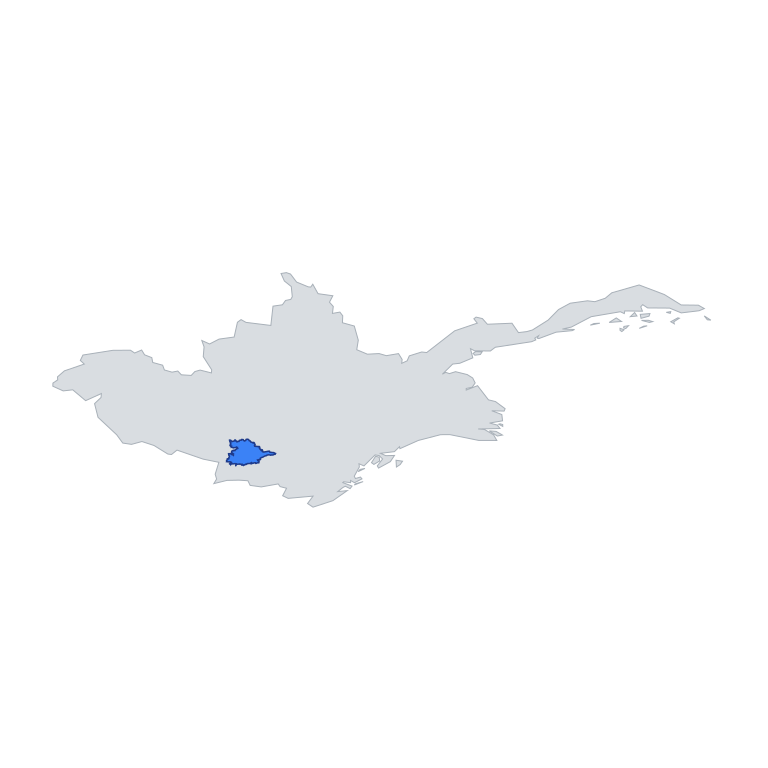 location of Kale, Sagaing, Myanmar, rotated 266°
{"feature_id": "60261553B8221618130624", "entity_name": "Kale", "entity_type": "district", "adm_level": 2, "iso_a3": "MMR", "parent_name": "Myanmar", "parent_adm1": "Sagaing", "projection": "equal_earth", "projection_center": [94.431, 22.954], "detail": "fine", "context": "in_parent", "style": "filled", "palette": "blue", "viewbox_px": 768, "rotation_deg": 266, "n_neighbors": 0, "source": "geoboundaries", "source_scale": "gbopen_adm2", "svg_char_len": 9298}
<svg xmlns="http://www.w3.org/2000/svg" viewBox="0 0 768 768"><g transform="rotate(266 384 384)"><path d="M475.6,339.1L469.4,335.3L464.9,338.8L458.0,337.5L458.8,345.0L454.9,347.6L448.0,346.8L443.9,358.4L429.5,361.4L420.1,359.2L414.9,369.5L414.7,381.2L412.1,388.3L413.3,400.6L407.2,403.8L403.4,403.1L405.5,408.7L410.3,411.2L413.3,423.8L412.4,428.8L432.1,458.2L438.2,481.3L442.8,478.2L444.3,480.5L442.4,486.7L436.4,491.3L435.7,515.9L425.9,521.7L426.3,530.0L427.5,535.8L436.3,552.2L446.1,563.3L451.6,575.4L452.8,592.8L451.4,600.1L454.1,610.7L459.1,617.6L465.0,645.4L453.7,669.9L442.1,686.0L440.7,703.1L436.9,708.8L435.1,703.4L434.2,685.5L439.8,674.2L441.5,652.3L445.1,647.6L443.1,645.5L438.6,646.9L440.1,629.3L437.5,628.6L439.6,624.8L436.7,595.4L427.7,574.8L426.4,565.8L425.1,577.9L424.1,575.5L423.7,559.3L418.5,541.6L419.0,540.1L421.4,541.6L419.2,537.6L417.4,538.5L415.9,534.2L412.9,497.6L409.5,492.4L410.8,476.7L413.2,472.7L403.9,474.4L399.4,461.1L399.1,453.9L389.7,442.9L391.3,446.4L389.8,450.0L391.3,456.2L387.6,467.7L383.8,472.9L378.7,475.0L374.7,471.8L373.8,465.7L372.2,465.6L375.8,477.2L360.9,487.1L358.7,494.0L350.9,503.1L348.6,501.9L349.8,489.6L345.3,499.4L339.0,499.7L337.7,486.6L335.1,494.2L331.5,496.6L332.6,474.8L331.6,481.1L325.6,489.8L319.8,492.6L321.1,474.6L328.9,446.2L329.5,436.9L325.3,414.3L318.4,395.4L320.4,395.1L315.8,389.7L315.1,375.7L312.4,380.7L312.0,389.5L306.1,384.9L300.5,372.7L302.8,371.6L309.3,377.4L312.9,374.2L313.9,370.2L303.7,358.3L306.2,353.5L302.9,353.6L294.1,347.9L291.7,348.9L292.8,354.0L290.9,355.4L287.6,347.7L290.1,343.9L287.9,343.8L289.3,337.0L288.5,336.0L284.4,345.0L282.0,342.9L284.7,338.3L283.6,335.7L279.9,330.4L280.2,339.9L271.2,324.9L266.1,304.6L270.1,299.4L277.1,305.4L276.6,280.4L279.6,275.1L286.8,279.5L288.9,273.2L291.7,271.5L289.9,254.4L292.2,243.4L297.0,241.5L298.2,232.6L298.8,220.6L296.5,207.3L300.9,210.4L305.8,209.3L317.4,213.8L321.7,198.3L332.5,172.9L328.5,167.1L329.2,163.5L338.7,150.3L343.5,138.5L341.4,127.9L343.3,119.3L352.0,113.8L370.7,96.4L384.6,93.9L390.3,100.8L394.2,101.4L388.2,85.2L399.9,73.1L399.5,63.5L404.9,53.5L408.0,53.8L410.9,58.8L413.9,58.8L419.4,66.1L424.8,86.4L428.7,82.7L433.9,85.7L436.5,115.8L435.4,133.4L432.3,137.4L434.8,144.6L429.8,147.2L426.5,154.2L421.6,154.8L418.2,164.5L413.3,165.9L410.6,173.4L411.3,179.2L407.3,182.5L406.0,192.3L409.6,196.2L410.7,201.5L407.1,212.6L410.2,213.1L423.9,205.6L433.6,207.1L440.1,205.3L436.1,212.8L440.3,222.6L441.3,237.8L455.8,242.1L458.2,245.9L455.1,250.6L450.3,275.2L469.4,278.7L470.1,288.2L474.2,291.6L474.9,296.9L477.5,298.6L487.7,298.3L493.7,291.8L501.4,289.0L501.9,294.4L500.2,298.4L491.8,303.9L486.2,315.2L485.8,317.7L488.5,319.9L478.7,324.5L475.6,339.1ZM306.4,366.0L312.5,370.6L311.3,374.1L307.5,374.3L304.5,368.3L306.4,366.0ZM429.7,612.9L433.7,620.3L429.8,625.3L429.7,612.9ZM305.7,397.1L302.5,394.5L300.3,390.6L307.1,390.7L305.7,397.1ZM435.6,644.5L435.7,654.2L433.2,653.1L431.6,645.0L435.6,644.5ZM328.9,492.5L324.8,498.6L324.2,493.4L329.9,485.8L328.9,492.5ZM409.2,484.1L406.7,482.2L406.4,476.6L408.3,475.0L409.9,477.7L409.2,484.1ZM427.5,656.4L426.9,653.1L429.5,645.3L429.1,652.2L427.5,656.4ZM426.1,674.4L429.5,681.7L429.0,683.2L425.8,677.4L423.8,677.8L426.1,674.4ZM437.8,639.0L434.2,641.1L434.0,634.4L437.8,639.0ZM429.6,708.2L424.9,714.5L425.5,711.0L429.6,708.2ZM286.5,348.7L288.1,356.4L285.3,347.3L286.5,348.7ZM429.7,597.7L429.6,603.6L428.3,593.9L429.7,597.7ZM300.5,354.2L301.1,359.1L298.4,352.1L300.5,354.2ZM425.1,632.0L422.4,629.0L423.3,626.9L424.7,627.4L425.1,632.0ZM423.1,623.3L421.4,627.3L419.7,624.9L421.1,623.2L423.1,623.3ZM423.6,647.1L423.7,650.6L421.7,642.5L423.6,647.1ZM335.3,499.6L333.4,499.5L335.9,495.6L336.2,497.0L335.3,499.6ZM436.2,675.1L434.5,674.5L435.8,670.6L436.2,675.1Z" fill="#d9dde1" stroke="#a8b0b8" stroke-width="1"/><path d="M313.8,251.2L313.9,251.3L314.0,251.7L314.3,252.5L314.1,253.1L314.2,253.7L315.1,253.8L315.5,254.0L316.0,253.8L316.1,253.3L316.6,253.0L316.9,253.0L316.7,252.6L317.1,252.5L317.1,252.8L317.2,253.8L316.8,253.7L316.6,253.8L316.7,254.0L317.1,254.1L317.2,254.4L317.1,254.9L317.1,255.1L317.5,255.5L317.8,255.2L318.0,255.2L318.6,255.4L318.7,255.6L318.7,255.8L319.1,256.4L319.1,256.8L319.3,257.0L319.4,257.6L319.6,258.3L320.4,259.8L320.5,260.5L320.8,261.4L320.7,261.8L320.9,262.1L321.1,262.1L321.3,262.5L321.3,263.0L321.4,263.6L321.4,264.2L321.3,264.3L321.3,264.6L321.2,265.3L320.9,265.7L321.0,266.0L321.1,266.8L320.9,267.2L320.9,267.4L321.0,267.8L321.0,268.6L321.2,268.9L321.4,269.5L321.6,270.1L321.5,270.5L322.0,270.8L322.0,270.4L322.2,270.5L322.6,270.4L322.7,270.2L322.9,269.6L323.2,269.4L323.3,269.2L323.3,268.6L323.6,266.9L323.8,266.5L323.8,265.9L323.8,265.6L324.0,265.3L324.1,265.2L324.9,265.1L325.0,265.0L325.0,264.7L325.0,264.1L325.0,263.6L324.7,261.6L324.7,260.8L324.5,260.3L324.6,259.9L324.6,259.5L324.5,259.2L324.6,258.8L324.8,258.7L325.0,258.5L325.0,258.0L325.2,257.9L325.3,257.9L325.5,258.2L325.9,257.9L326.1,258.2L326.8,258.0L326.8,257.8L326.7,257.5L326.8,257.2L326.7,257.0L326.3,257.1L326.2,257.0L326.2,256.9L326.6,256.6L326.8,256.6L327.0,256.7L327.3,256.7L327.6,256.1L327.9,255.9L327.9,255.7L328.2,255.7L328.8,255.2L329.1,255.2L329.3,255.6L329.6,255.5L329.8,255.4L329.9,255.5L330.3,255.3L330.4,254.7L330.3,254.3L330.5,253.8L330.4,253.6L330.6,252.7L330.7,251.8L330.8,251.8L330.9,250.7L331.0,250.6L331.7,250.5L331.9,250.8L332.4,251.2L333.3,250.7L333.7,250.3L334.0,250.3L334.1,250.5L334.2,250.4L334.4,250.4L334.6,250.3L334.7,250.2L334.8,249.8L334.6,249.6L334.4,249.5L334.4,249.3L334.7,249.2L334.7,248.9L334.8,248.9L335.0,248.1L335.2,247.8L335.3,247.2L335.6,247.0L335.8,247.0L336.4,246.6L336.6,246.5L336.7,246.2L336.7,245.7L336.8,245.6L337.5,245.3L338.0,245.1L338.3,244.5L338.4,244.2L338.4,243.9L338.5,243.6L338.5,243.4L338.3,242.6L338.1,242.6L337.8,242.3L337.3,242.1L337.1,241.6L337.1,241.2L336.9,240.9L337.3,240.2L337.7,239.9L337.9,239.9L338.2,239.8L338.4,239.5L338.4,239.2L338.5,238.8L338.6,238.0L338.4,237.8L338.1,238.0L337.9,237.8L337.9,237.6L338.0,237.4L337.9,237.2L338.0,236.4L337.8,235.7L337.5,235.6L337.2,235.4L336.9,235.4L336.9,234.9L336.8,234.3L336.8,234.2L336.7,233.9L336.7,233.6L336.5,233.3L336.7,233.1L336.8,233.2L337.0,232.9L337.1,233.0L337.3,233.0L337.3,232.8L337.4,232.3L337.5,232.2L337.6,231.9L338.0,232.1L338.3,232.0L338.6,231.6L338.6,231.4L338.1,231.3L337.9,230.9L337.6,230.6L337.6,230.4L337.5,230.1L337.4,229.6L337.5,229.5L337.4,229.1L337.2,228.6L337.4,228.1L337.8,227.7L338.4,227.4L338.6,226.8L338.8,226.6L338.9,226.3L338.8,226.1L338.6,226.3L338.4,226.3L338.1,226.4L337.8,226.2L337.6,226.3L337.3,226.2L337.0,226.3L336.8,226.5L336.6,226.5L336.3,226.7L336.2,227.0L335.7,227.0L335.5,226.9L335.3,227.0L335.2,227.0L335.2,226.8L334.9,226.9L334.6,226.6L334.4,226.8L334.1,226.5L333.7,226.5L333.6,226.3L333.4,226.4L333.3,226.5L333.2,226.4L333.1,226.6L333.0,226.9L332.9,227.1L332.7,227.0L332.7,227.3L332.6,227.1L332.6,227.4L332.4,227.3L332.3,227.2L332.2,227.2L332.3,227.3L332.2,227.4L332.0,227.2L331.7,227.3L331.5,227.5L331.5,227.8L331.3,228.0L331.2,228.3L331.2,228.6L331.2,228.8L331.0,229.1L330.8,229.2L331.0,229.9L330.9,230.3L331.1,231.9L331.4,232.6L331.2,232.7L331.0,232.8L330.9,233.3L330.6,233.2L330.5,233.3L330.4,233.4L329.9,233.6L329.8,233.3L329.9,233.0L329.8,232.7L329.7,232.6L329.6,232.4L329.2,232.1L329.1,231.7L328.8,231.3L328.6,231.2L328.4,230.9L328.5,230.6L328.3,230.4L328.1,230.4L328.2,230.1L328.1,229.9L328.2,229.6L328.3,229.3L328.0,229.3L328.0,229.1L328.0,228.9L327.9,228.8L328.0,228.6L328.0,228.2L327.8,227.7L327.5,227.3L327.1,227.3L326.8,227.4L326.4,227.3L326.2,227.3L326.1,227.2L325.9,227.4L325.1,228.5L324.8,227.6L324.7,227.6L324.5,228.0L324.3,228.1L324.0,228.5L323.8,228.9L323.4,228.8L323.5,228.7L324.1,227.7L324.2,227.2L324.4,226.8L325.1,226.3L325.2,226.0L325.3,225.8L325.2,224.8L325.3,224.5L325.3,224.1L325.2,224.0L324.7,224.2L323.8,224.2L323.7,224.4L323.2,224.7L322.8,224.6L322.4,224.8L322.1,224.7L321.5,224.2L321.4,224.2L321.0,223.9L320.5,224.1L320.4,224.1L320.1,223.9L320.0,223.3L320.3,222.8L320.3,222.5L319.3,222.3L318.9,221.8L318.7,221.8L318.5,221.6L318.3,221.5L317.8,221.9L317.5,221.7L317.4,222.4L317.2,223.0L317.2,223.4L317.2,223.5L317.2,225.0L317.0,225.5L316.5,225.5L316.4,225.6L316.4,225.8L316.5,226.2L316.5,226.4L316.4,226.5L316.2,226.4L316.2,226.2L316.2,225.9L316.0,225.3L315.9,225.0L315.4,224.7L315.2,224.5L315.1,224.4L314.8,224.7L314.5,225.3L314.3,225.4L314.5,225.5L314.8,226.1L315.0,227.6L314.8,227.8L315.0,229.4L314.9,229.6L314.8,230.1L314.9,230.4L314.7,230.8L314.8,231.0L314.7,231.3L314.6,231.7L314.6,231.4L314.2,230.7L313.9,230.6L313.6,230.7L313.2,230.4L312.9,230.4L312.9,230.5L313.6,230.9L313.8,231.2L314.2,231.5L314.2,232.2L314.2,233.6L314.3,234.3L314.1,234.4L314.2,234.8L314.1,235.0L314.0,235.6L313.8,235.7L313.8,236.5L313.5,236.3L313.3,236.6L313.0,236.5L312.9,236.6L312.9,236.8L313.1,238.0L312.6,238.2L312.8,238.6L313.1,238.6L313.2,238.9L313.0,239.2L313.1,239.4L313.2,239.6L313.3,239.9L313.4,240.0L313.5,240.1L313.3,240.3L313.4,241.0L313.5,241.3L313.7,241.6L313.9,241.5L314.1,242.1L314.2,242.5L314.1,242.8L314.1,243.3L314.1,244.1L314.1,244.6L314.1,245.1L313.9,245.3L313.8,245.5L314.1,245.5L314.5,245.6L314.5,245.9L314.5,246.0L314.7,246.3L314.2,246.4L313.9,246.3L313.9,247.0L314.1,247.3L314.3,247.7L314.3,247.8L314.1,248.3L314.3,248.6L314.3,248.8L314.5,249.7L314.4,250.3L313.8,250.4L313.7,250.5L313.8,251.2Z" fill="#3b82f6" stroke="#1e3a8a" stroke-width="1.5"/></g></svg>